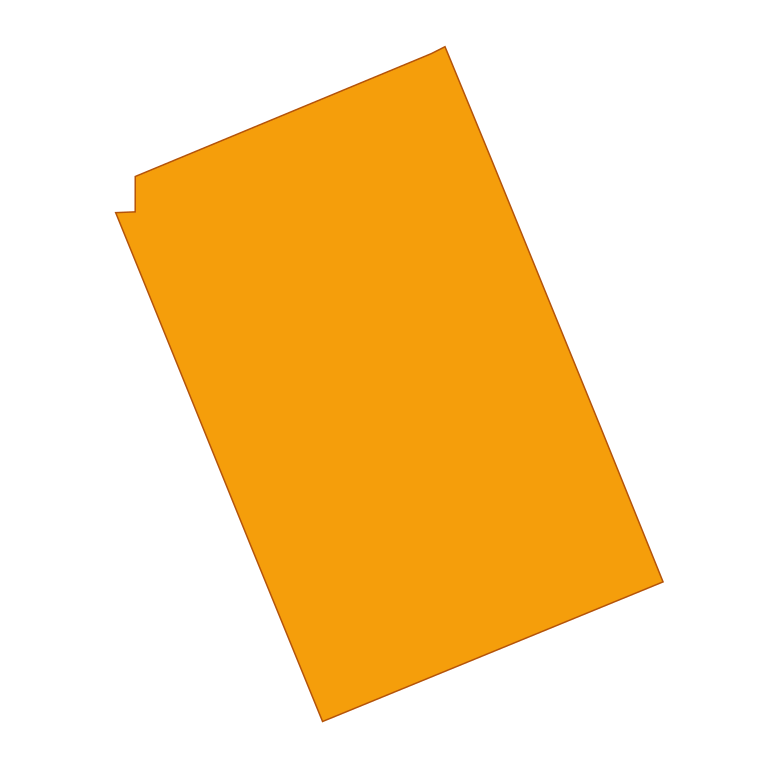 Hutchinson, South Dakota, United States of America, rotated 68°
{"feature_id": "52423323B28340480700764", "entity_name": "Hutchinson", "entity_type": "district", "adm_level": 2, "iso_a3": "USA", "parent_name": "United States of America", "parent_adm1": "South Dakota", "projection": "mercator", "projection_center": [-97.883, 43.334], "detail": "fine", "context": "isolated", "style": "filled", "palette": "amber", "viewbox_px": 768, "rotation_deg": 68, "n_neighbors": 0, "source": "geoboundaries", "source_scale": "gbopen_adm2", "svg_char_len": 310}
<svg xmlns="http://www.w3.org/2000/svg" viewBox="0 0 768 768"><g transform="rotate(68 384 384)"><path d="M94.1,201.1L95.4,216.6L98.4,536.9L131.2,550.2L124.6,568.6L194.4,568.4L480.8,568.1L673.9,567.4L672.0,199.4L505.5,199.4L215.8,200.3L94.1,201.1Z" fill="#f59e0b" stroke="#b45309" stroke-width="1.5"/></g></svg>